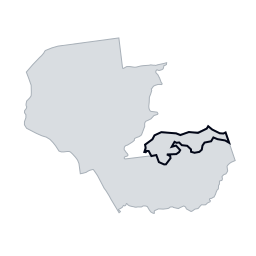 where Luapula sits in Zambia, rotated 83°
{"feature_id": "ZMB-514", "entity_name": "Luapula", "entity_type": "Province", "adm_level": 1, "iso_a3": "ZMB", "parent_name": "Zambia", "parent_adm1": "", "projection": "equal_earth", "projection_center": [29.278, -10.414], "detail": "coarse", "context": "in_parent", "style": "outline", "palette": "ink", "viewbox_px": 256, "rotation_deg": 83, "n_neighbors": 0, "source": "natural_earth", "source_scale": "10m", "svg_char_len": 4192}
<svg xmlns="http://www.w3.org/2000/svg" viewBox="0 0 256 256"><g transform="rotate(83 128 128)"><path d="M167.6,180.9L157.3,181.0L153.6,182.0L150.6,183.7L146.9,186.3L144.8,188.1L144.2,189.1L143.9,191.3L143.9,194.6L143.6,197.1L142.5,199.3L136.9,202.0L133.3,204.2L129.8,206.8L127.1,210.2L125.3,214.3L122.2,219.5L115.9,228.7L112.2,230.4L109.1,230.0L105.4,228.1L102.4,227.7L100.2,228.9L98.2,228.5L96.3,226.6L94.7,225.9L93.5,226.4L91.9,226.3L88.9,225.3L86.3,222.0L84.9,220.7L83.9,220.1L80.8,219.6L73.8,218.9L66.5,220.5L60.1,222.1L53.5,214.8L47.2,207.1L45.8,205.1L43.4,202.5L41.7,201.3L41.0,200.6L39.2,193.7L38.2,187.4L37.5,126.1L66.3,126.1L68.2,125.9L68.3,125.2L66.9,121.9L67.0,120.8L67.3,118.5L68.5,114.1L68.6,112.6L68.0,107.7L68.0,105.0L68.3,99.5L68.1,97.7L68.8,95.2L69.0,93.6L69.3,92.9L68.9,91.0L68.3,84.4L67.9,81.7L69.7,82.1L70.3,83.5L70.6,84.9L71.4,85.0L73.5,85.9L74.2,87.1L74.7,89.7L74.4,91.1L73.7,92.1L74.4,93.1L75.8,93.7L76.6,93.5L78.9,91.8L81.0,91.1L82.1,90.6L86.9,89.5L87.8,88.8L88.5,88.8L89.0,89.3L88.6,91.2L88.4,92.8L89.0,95.9L89.5,97.4L90.5,98.5L91.2,99.0L92.0,100.1L93.7,99.9L97.3,101.5L98.5,102.2L100.0,103.0L101.1,103.2L104.9,103.8L108.8,104.7L110.9,104.8L112.4,104.5L113.4,104.1L114.0,103.6L114.3,103.2L115.8,97.3L116.6,96.8L117.5,96.5L118.1,97.0L118.8,100.7L121.7,104.1L122.7,106.9L123.4,109.3L124.0,110.0L125.1,110.8L126.8,111.1L128.4,111.2L136.2,115.3L137.0,116.1L138.0,118.3L138.5,120.7L139.2,122.7L140.2,123.1L141.0,123.2L141.9,124.5L142.6,125.7L144.9,130.6L145.2,132.5L146.3,133.8L147.8,134.3L149.2,134.4L150.0,133.8L152.0,132.8L153.5,131.7L154.7,131.3L155.3,131.5L155.8,132.3L156.2,134.7L157.3,135.5L158.1,135.2L158.4,134.3L158.4,133.8L158.4,108.5L157.7,108.7L156.8,109.4L154.8,109.5L154.0,110.0L153.7,110.8L153.9,111.9L153.9,113.3L153.6,114.0L152.7,114.3L151.4,113.7L149.1,113.0L147.1,112.5L145.7,110.6L143.8,107.8L142.5,106.3L139.5,103.3L139.0,102.7L138.1,101.3L137.3,99.0L136.5,96.2L136.1,94.5L136.8,91.8L138.6,83.0L139.0,80.3L140.5,77.5L140.6,75.0L140.0,71.8L140.1,70.0L140.3,59.9L139.9,56.8L138.9,53.2L136.7,48.3L136.8,47.2L140.1,44.0L141.1,42.8L142.9,40.3L144.0,38.0L144.8,36.3L145.1,33.9L144.5,31.7L145.6,31.3L173.4,25.6L173.8,27.1L174.6,29.7L175.5,31.5L176.7,33.1L177.7,34.1L178.4,34.4L182.7,34.3L184.2,35.3L185.5,36.5L185.9,38.5L186.8,39.7L187.7,40.6L188.1,40.7L188.8,40.5L189.9,40.5L191.0,40.9L191.5,41.3L191.6,42.9L191.9,43.7L193.3,43.9L194.8,44.1L196.2,45.2L197.7,45.4L199.5,45.8L200.3,47.0L202.2,48.2L204.5,49.3L207.1,51.1L207.1,51.6L207.5,52.7L208.0,53.4L208.0,54.6L208.2,55.6L208.9,55.8L209.4,55.9L209.9,55.2L210.6,55.2L211.3,55.7L211.6,56.8L212.2,58.4L213.1,59.5L213.7,60.6L213.5,62.5L213.1,64.3L214.4,66.0L216.0,67.7L216.5,68.4L216.6,70.8L216.8,71.7L217.9,73.7L218.5,75.0L218.4,75.8L215.4,79.9L213.5,80.5L212.7,81.3L212.2,82.2L213.4,86.2L214.1,87.7L213.5,89.6L212.3,92.8L211.7,93.1L211.6,95.6L212.0,96.5L212.6,97.2L212.8,98.8L212.8,102.9L212.0,107.6L213.3,111.7L213.8,112.1L215.7,112.2L216.0,112.5L215.5,113.7L214.2,115.5L211.8,116.9L208.3,118.4L207.6,119.9L207.2,122.0L207.5,123.3L208.0,124.0L207.8,125.9L207.5,127.8L207.6,129.4L207.4,130.8L207.0,131.5L206.4,133.5L205.6,135.6L205.0,136.6L204.2,137.5L202.8,138.4L202.8,138.8L204.4,139.7L204.8,140.4L204.9,140.9L204.3,141.9L205.0,142.6L205.8,143.1L206.6,144.5L207.6,147.1L207.7,147.3L208.0,147.4L208.5,147.1L209.5,146.0L210.1,145.7L211.0,147.2L196.6,153.6L193.2,154.9L188.2,157.2L186.6,158.0L185.2,158.9L171.9,163.9L169.8,164.9L165.1,167.4L164.9,167.8L165.0,169.0L165.4,171.4L166.2,173.6L166.9,174.9L167.4,178.1L167.6,180.9Z" fill="#d9dde1" stroke="#a8b0b8" stroke-width="1"/><path d="M141.4,59.1L138.2,49.9L136.0,48.2L139.8,44.6L144.4,37.6L145.1,34.0L144.3,31.7L155.0,29.4L152.2,33.1L150.0,40.5L147.8,44.4L151.3,47.1L151.8,53.8L154.5,56.2L158.5,57.4L160.4,60.1L160.7,65.0L159.3,68.3L156.9,68.1L152.9,71.4L151.6,76.7L148.6,79.0L148.6,81.7L147.4,83.5L152.0,86.9L151.3,82.5L156.3,78.9L158.2,80.3L159.8,83.3L159.0,92.6L161.0,89.5L163.2,89.5L168.7,94.8L168.5,96.7L165.6,101.5L158.3,103.2L158.7,108.2L153.4,110.3L153.0,112.2L154.2,113.4L153.8,114.7L150.0,112.9L146.6,113.1L142.2,105.1L138.5,102.6L136.2,95.5L139.2,80.9L141.4,76.9L139.4,68.1L141.4,59.1Z" fill="none" stroke="#020617" stroke-width="2"/></g></svg>